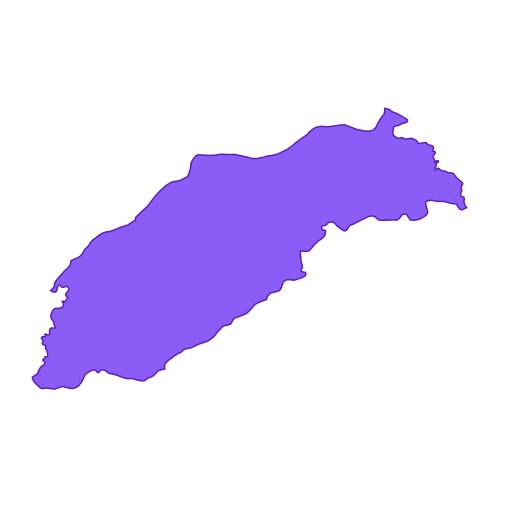 Cam Khe, Phú Thọ, Vietnam, rotated 280°
{"feature_id": "81297802B31371166923700", "entity_name": "Cam Khe", "entity_type": "district", "adm_level": 2, "iso_a3": "VNM", "parent_name": "Vietnam", "parent_adm1": "Phú Thọ", "projection": "robinson", "projection_center": [105.096, 21.384], "detail": "fine", "context": "isolated", "style": "filled", "palette": "violet", "viewbox_px": 512, "rotation_deg": 280, "n_neighbors": 0, "source": "geoboundaries", "source_scale": "gbopen_adm2", "svg_char_len": 5997}
<svg xmlns="http://www.w3.org/2000/svg" viewBox="0 0 512 512"><g transform="rotate(280 256 256)"><path d="M236.7,89.2L232.5,86.1L228.1,84.6L225.4,83.0L223.1,80.6L220.3,76.0L219.3,74.7L215.0,74.5L214.0,74.3L212.0,73.1L207.8,69.9L198.2,64.1L195.5,62.8L193.8,62.3L192.2,62.5L191.6,62.7L190.6,62.6L186.1,59.8L185.4,62.4L185.4,63.8L185.6,64.5L186.3,65.3L186.8,65.7L191.8,66.0L192.5,66.4L193.0,67.2L193.0,68.1L192.2,69.2L191.6,70.3L191.7,71.5L192.1,72.5L192.9,73.7L193.0,75.4L192.4,76.6L191.6,77.3L190.8,77.5L189.4,77.3L186.3,75.5L185.2,75.2L184.5,75.3L183.2,76.5L182.1,77.9L179.8,76.7L177.9,75.9L177.9,74.8L178.0,73.6L177.8,73.1L177.3,73.1L176.4,74.3L175.3,74.6L173.8,74.8L172.8,74.5L171.8,73.7L170.6,72.2L169.9,69.7L169.8,68.1L169.3,67.0L168.3,66.0L167.4,65.4L166.1,65.0L162.4,64.1L159.4,65.0L158.0,66.1L156.1,68.0L155.1,68.6L153.6,69.0L150.6,70.8L150.0,70.3L149.7,67.6L149.3,66.6L148.7,66.0L147.9,65.7L146.8,65.6L145.4,65.8L144.2,66.4L143.2,66.3L142.6,65.6L142.2,63.7L142.5,62.5L142.5,61.8L142.2,61.6L140.9,62.6L140.1,62.6L139.7,61.5L139.6,59.7L139.2,59.3L138.5,59.1L137.9,59.0L137.4,59.2L136.1,60.6L135.5,61.4L134.9,61.5L134.1,60.8L133.7,60.6L132.8,60.7L132.2,61.1L131.6,61.9L131.5,62.5L131.6,63.7L131.2,64.4L130.6,64.6L128.9,64.6L128.0,64.9L126.8,66.3L125.1,67.1L122.9,68.0L121.9,68.2L121.0,68.0L120.4,67.2L120.3,66.4L120.1,65.9L119.4,65.5L118.5,65.5L117.8,65.1L117.1,64.1L116.5,64.0L115.9,64.5L115.2,65.9L114.6,66.4L113.2,66.6L112.3,66.5L111.5,65.4L109.9,63.7L107.4,62.5L102.3,61.2L101.0,60.3L99.2,58.2L97.9,56.9L97.2,56.9L95.1,58.0L93.0,59.9L88.8,66.3L88.1,67.8L89.6,72.7L89.9,80.5L93.4,86.8L94.0,89.1L93.6,92.0L93.4,96.3L93.8,98.6L95.4,101.9L97.0,103.6L100.8,105.7L104.1,107.0L106.1,107.4L108.5,108.1L109.7,108.5L111.5,110.0L115.1,114.3L115.6,115.8L115.7,117.8L114.8,118.7L113.8,120.1L113.8,121.0L115.0,122.1L116.8,123.0L117.2,123.9L117.4,125.6L116.9,128.1L115.4,130.2L115.0,131.3L114.6,138.6L113.0,147.9L112.9,151.1L113.8,154.7L113.3,160.2L113.2,164.2L113.3,166.0L114.0,168.0L117.5,171.5L118.6,173.7L120.1,175.4L122.9,177.7L126.0,179.6L127.0,181.4L128.9,185.9L132.2,185.0L133.7,185.1L135.5,186.0L138.1,187.9L143.7,193.2L146.5,196.3L148.3,199.0L151.2,201.1L152.6,203.4L154.0,207.4L159.2,214.9L162.9,221.5L163.7,223.1L166.0,225.6L169.8,228.9L173.3,230.6L177.5,233.2L180.8,235.5L181.9,237.1L182.5,238.3L183.8,241.5L184.3,242.4L185.1,243.1L189.7,244.7L191.3,245.9L193.5,250.0L196.5,254.8L197.9,256.7L201.2,259.2L206.4,262.3L208.7,264.0L211.6,268.0L215.0,273.9L217.0,274.0L218.4,274.4L221.6,276.4L222.5,277.7L225.1,283.8L226.2,285.2L228.6,286.3L234.5,287.3L236.0,287.9L237.8,290.1L238.3,291.9L238.6,293.9L238.7,297.4L240.1,300.3L242.9,305.4L244.9,307.9L247.5,308.2L248.4,307.2L248.5,306.1L248.4,304.6L248.6,303.2L249.1,302.8L250.2,302.8L252.5,303.6L253.4,303.7L259.8,300.7L261.4,300.7L266.0,299.3L268.7,298.7L269.0,301.6L269.1,303.6L269.8,306.3L270.5,307.4L271.8,308.3L273.8,309.6L277.9,311.9L282.2,315.1L283.6,316.9L285.6,318.7L287.6,320.0L289.1,320.3L290.7,320.2L292.2,320.3L293.2,319.9L293.6,316.5L294.3,315.7L295.5,315.7L296.8,316.0L297.8,316.9L297.8,318.3L298.4,319.4L299.2,320.2L300.6,320.8L301.1,321.2L302.0,322.3L302.6,324.0L302.6,326.2L302.0,327.9L299.6,330.7L296.8,336.4L296.1,338.2L296.3,339.6L297.3,340.7L298.5,341.4L301.0,342.1L302.7,343.3L303.6,345.3L304.4,346.4L308.6,351.9L314.5,360.1L315.4,362.5L315.6,364.2L315.4,366.0L313.1,369.9L312.8,371.1L312.8,372.7L315.5,385.8L315.8,388.5L317.4,390.1L319.4,391.4L322.4,393.0L322.9,394.1L323.3,396.2L322.6,397.8L321.4,398.6L318.5,401.3L318.3,402.2L318.5,403.9L318.9,406.5L320.8,410.9L324.6,415.5L327.3,417.3L328.8,417.5L329.9,417.1L336.2,414.3L337.9,413.7L338.7,413.8L339.8,415.0L340.4,416.4L341.2,417.8L341.4,420.8L341.2,424.5L342.2,430.4L342.3,431.7L342.3,432.8L342.0,435.0L341.7,439.1L341.9,442.1L341.9,444.4L339.1,446.8L337.7,448.4L337.1,450.5L340.2,455.1L341.5,453.5L344.3,451.8L346.1,451.3L349.1,451.1L350.0,450.4L350.5,447.8L352.0,446.7L354.5,446.9L355.6,447.3L356.5,447.2L358.0,446.5L360.0,446.2L361.0,446.3L362.3,446.9L362.9,447.1L363.8,446.8L368.3,439.4L370.5,437.3L371.2,436.4L371.7,435.3L371.8,434.5L371.4,430.7L371.7,429.5L372.5,427.1L372.3,426.6L372.2,423.8L372.5,423.1L373.9,421.0L373.9,419.5L373.4,418.9L372.5,418.6L371.9,417.7L372.9,417.0L373.3,416.7L373.9,416.6L375.2,417.5L375.8,417.8L377.2,417.9L377.7,417.4L378.3,417.2L378.8,417.5L380.4,419.4L381.1,419.1L381.4,418.5L381.4,417.9L380.8,416.8L379.3,416.2L379.3,415.8L379.6,415.5L381.3,415.1L382.3,414.7L384.5,412.9L385.0,412.9L388.0,414.5L389.3,414.7L389.8,414.0L390.0,413.3L389.9,412.1L390.0,411.5L390.4,411.5L392.8,412.2L393.4,412.1L394.5,411.4L395.3,409.9L395.3,407.7L395.4,406.1L395.9,405.3L397.1,404.1L396.8,401.7L395.4,398.1L395.1,396.6L395.5,396.0L396.8,394.9L397.4,394.0L398.6,390.9L399.0,388.9L398.5,387.4L398.1,386.7L398.0,385.2L397.2,383.6L397.1,382.6L397.3,381.5L398.0,379.2L397.0,377.1L396.7,375.7L396.7,374.9L397.0,373.9L397.8,372.1L398.6,370.8L400.2,369.4L406.5,369.1L407.1,369.4L407.9,370.5L410.0,374.6L412.0,377.2L413.2,380.2L414.2,381.4L415.2,381.8L416.2,381.5L416.7,381.0L417.5,379.2L420.6,370.8L421.6,365.7L422.1,363.9L423.4,362.4L423.9,357.3L420.7,357.6L417.9,357.5L414.9,355.8L408.4,353.1L403.4,351.7L400.1,349.2L399.3,347.9L398.7,345.6L398.1,342.4L398.0,338.1L398.1,337.0L398.0,334.3L400.6,320.6L400.3,319.1L399.6,316.3L397.7,310.7L395.8,304.5L394.9,297.0L394.1,295.0L392.9,292.3L390.9,290.1L387.3,286.9L384.7,285.5L375.1,276.0L369.9,271.8L366.2,268.0L360.2,259.7L357.7,254.1L356.2,249.3L354.5,246.1L352.1,240.0L351.4,235.5L352.1,226.2L352.2,216.3L351.3,212.2L350.1,203.4L348.3,198.5L347.0,193.0L346.3,187.7L345.8,182.2L345.3,180.9L343.8,179.1L339.8,177.0L336.8,176.0L333.2,176.0L331.0,176.3L323.9,175.4L322.4,174.6L321.2,173.7L320.1,171.8L317.2,168.2L316.1,165.4L314.7,161.3L313.3,159.1L309.8,155.2L303.1,150.0L297.6,146.4L286.7,140.8L273.5,131.0L270.3,130.8L264.1,124.2L260.8,117.6L259.0,115.0L255.1,108.6L252.9,102.5L250.9,99.7L249.1,97.8L245.2,94.3L243.7,92.7L240.5,90.6L236.7,89.2Z" fill="#8b5cf6" stroke="#5b21b6" stroke-width="1.5"/></g></svg>